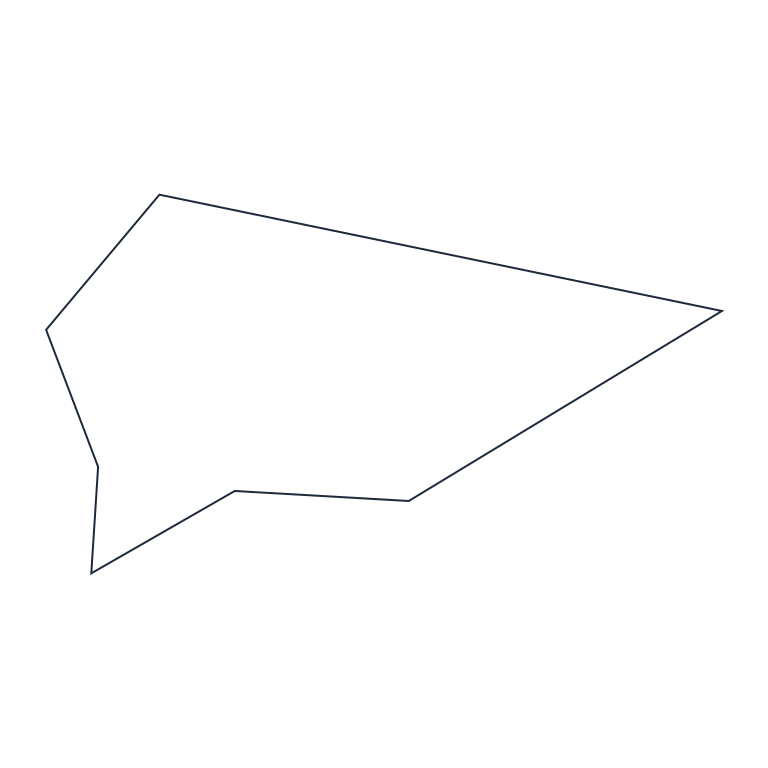 the border of North Hill
{"feature_id": "AIA-5118", "entity_name": "North Hill", "entity_type": "District", "adm_level": 1, "iso_a3": "AIA", "parent_name": "Anguilla", "parent_adm1": "", "projection": "robinson", "projection_center": [-63.07, 18.224], "detail": "fine", "context": "isolated", "style": "outline", "palette": "slate", "viewbox_px": 768, "rotation_deg": 0, "n_neighbors": 0, "source": "natural_earth", "source_scale": "10m", "svg_char_len": 219}
<svg xmlns="http://www.w3.org/2000/svg" viewBox="0 0 768 768"><path d="M46.1,329.8L159.4,194.7L721.9,311.0L408.7,501.0L234.7,491.0L91.3,573.3L98.1,466.8L46.1,329.8Z" fill="none" stroke="#1e293b" stroke-width="2"/></svg>